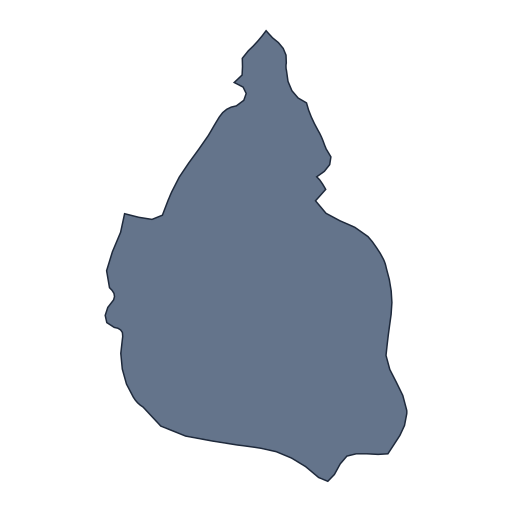 Distrito Federal, Robinson projection
{"feature_id": "MEX-2727", "entity_name": "Distrito Federal", "entity_type": "Federal District", "adm_level": 1, "iso_a3": "MEX", "parent_name": "Mexico", "parent_adm1": "", "projection": "robinson", "projection_center": [-99.124, 19.314], "detail": "fine", "context": "isolated", "style": "filled", "palette": "slate", "viewbox_px": 512, "rotation_deg": 0, "n_neighbors": 0, "source": "natural_earth", "source_scale": "10m", "svg_char_len": 1941}
<svg xmlns="http://www.w3.org/2000/svg" viewBox="0 0 512 512"><path d="M266.1,30.7L267.6,32.4L269.2,34.2L270.8,35.9L272.4,37.7L278.4,42.6L283.2,48.4L286.0,55.1L286.3,63.0L286.0,64.9L286.0,66.9L286.1,68.8L286.5,70.7L288.0,81.4L291.9,90.7L298.1,98.0L306.5,102.9L308.6,110.1L311.3,117.0L314.4,123.6L317.8,130.0L319.7,133.4L321.4,136.9L322.9,140.5L324.3,144.3L324.7,145.4L325.1,146.4L325.6,147.5L326.0,148.7L330.9,156.9L329.7,164.6L324.4,171.3L316.7,176.8L319.7,179.9L322.6,184.1L324.8,187.8L325.7,189.4L323.1,192.3L320.7,195.0L318.2,197.8L315.5,200.8L326.0,213.3L340.0,220.8L354.8,227.3L368.0,236.6L372.4,241.8L376.4,247.5L380.2,253.3L383.5,259.4L384.4,261.5L385.2,263.7L385.8,265.9L386.3,268.1L389.3,279.5L391.2,291.0L391.9,302.6L391.1,314.5L389.7,324.6L388.3,334.9L387.1,345.1L386.0,355.4L389.8,369.5L396.4,382.4L402.8,395.5L406.7,410.2L406.8,411.1L406.8,412.1L406.8,413.1L406.7,414.0L404.5,425.5L399.9,435.4L394.0,444.5L387.9,453.8L378.1,454.4L367.1,453.8L356.2,453.8L346.9,456.1L340.2,463.9L334.4,474.5L327.8,481.3L318.6,477.5L305.6,466.6L291.4,458.0L276.3,451.7L260.6,448.2L254.8,447.3L249.0,446.5L243.2,445.7L237.4,445.0L212.8,441.1L185.7,436.1L160.8,426.1L143.0,407.0L140.2,405.1L137.6,402.8L135.3,400.1L133.3,397.1L126.5,384.1L122.3,369.1L120.8,353.4L122.5,338.2L122.6,337.7L122.6,337.2L122.7,336.7L122.7,336.2L122.4,332.5L120.6,329.9L117.8,328.2L114.2,327.4L106.8,322.6L105.2,315.4L107.8,307.4L113.6,299.9L114.5,296.6L114.0,293.4L112.1,290.4L109.5,287.7L106.6,270.7L112.4,251.8L120.6,232.3L124.6,213.7L138.8,217.3L152.0,219.4L162.4,215.2L168.3,199.8L169.2,197.8L170.0,195.8L170.9,193.7L171.8,191.7L179.3,177.0L188.8,162.9L198.8,149.2L208.2,135.7L211.0,131.0L213.7,126.3L216.5,121.6L219.3,117.0L222.7,112.6L226.7,109.3L231.2,107.1L236.3,105.9L243.8,100.3L246.2,93.5L243.1,87.1L234.2,82.5L242.1,75.0L242.5,66.7L242.3,58.3L248.4,50.7L253.2,46.1L257.7,41.2L262.0,36.1L266.1,30.7Z" fill="#64748b" stroke="#1e293b" stroke-width="1.5"/></svg>